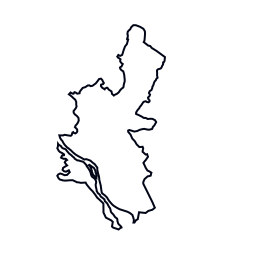 outline of Markz Maghagha, Al Minya, Egypt, rotated 125°
{"feature_id": "37247803B21152276423955", "entity_name": "Markz Maghagha", "entity_type": "district", "adm_level": 2, "iso_a3": "EGY", "parent_name": "Egypt", "parent_adm1": "Al Minya", "projection": "orthographic", "projection_center": [30.801, 28.641], "detail": "fine", "context": "isolated", "style": "outline", "palette": "ink", "viewbox_px": 256, "rotation_deg": 125, "n_neighbors": 0, "source": "geoboundaries", "source_scale": "gbopen_adm2", "svg_char_len": 5931}
<svg xmlns="http://www.w3.org/2000/svg" viewBox="0 0 256 256"><g transform="rotate(125 128 128)"><path d="M177.9,60.3L174.5,65.9L164.9,83.5L163.5,84.5L162.4,84.7L161.2,85.0L160.2,85.1L158.1,84.6L157.3,84.4L156.2,84.1L155.3,83.1L154.0,82.1L152.1,82.9L151.2,83.2L151.3,85.6L151.7,87.6L150.4,90.8L149.1,92.9L147.8,95.3L146.4,95.3L145.9,95.3L144.8,95.2L144.3,95.1L140.2,95.1L139.4,96.1L138.5,97.3L139.6,98.3L139.1,102.4L137.0,103.5L135.9,103.9L135.0,105.3L135.7,106.0L137.1,107.8L136.8,109.4L136.5,111.4L134.9,114.9L134.2,118.4L131.9,122.2L131.3,124.7L131.0,125.7L130.3,126.1L130.0,126.4L128.9,125.8L128.2,123.7L128.0,123.1L127.3,120.8L126.4,119.9L124.9,118.5L123.1,117.6L122.8,117.4L120.6,115.5L119.4,114.2L118.3,111.6L117.8,110.6L117.6,110.2L117.4,109.9L116.6,109.1L115.9,108.5L114.9,107.7L114.4,107.8L112.8,108.2L110.7,107.9L109.8,108.0L107.0,108.3L106.1,110.4L106.5,113.1L107.3,114.6L109.3,117.0L109.6,119.3L110.3,120.3L110.7,121.0L110.8,123.4L111.1,125.5L111.5,127.9L111.9,129.3L111.6,129.6L111.2,130.0L110.1,130.3L109.2,130.4L107.8,130.4L107.6,130.4L107.2,130.4L105.7,130.2L105.4,130.1L105.1,130.2L104.1,130.4L103.0,130.3L102.0,130.2L101.3,130.2L98.2,130.3L97.3,130.0L95.9,128.8L95.8,127.2L95.1,125.9L93.9,125.6L93.0,126.2L92.4,128.3L91.5,129.1L89.7,128.7L88.0,129.1L87.9,129.5L87.3,130.9L86.6,131.1L85.3,131.3L83.5,130.6L81.5,131.0L80.1,131.7L79.5,131.7L78.4,131.8L76.4,132.5L74.4,132.9L73.0,132.6L71.3,133.0L69.9,132.6L68.2,134.4L66.5,135.5L65.2,136.5L64.2,137.3L63.5,137.3L62.5,137.0L61.8,136.3L60.4,135.3L59.0,135.3L57.3,135.7L55.9,135.7L54.2,136.8L53.9,136.4L52.2,136.5L48.7,138.4L48.5,148.9L48.8,154.6L48.1,156.7L48.9,158.8L48.6,164.4L47.1,164.6L45.4,165.5L40.7,168.3L39.0,169.8L37.9,172.3L38.2,176.2L39.3,180.5L40.7,182.6L43.8,183.2L45.9,182.8L47.7,183.3L49.4,183.4L51.6,182.2L52.1,181.3L53.2,180.7L54.9,179.6L55.2,180.0L55.9,179.6L56.0,178.8L55.8,178.5L60.0,177.0L60.7,177.1L63.0,177.2L66.8,176.2L68.6,175.6L71.5,174.7L73.3,175.7L73.6,176.4L73.7,177.8L75.2,177.7L75.7,177.7L76.0,176.7L76.0,173.6L77.0,173.2L78.0,172.5L78.6,170.4L78.6,169.0L81.3,168.6L83.0,169.3L84.0,168.2L84.4,166.5L84.3,164.4L86.3,161.9L90.3,158.4L92.0,157.3L93.4,156.9L95.1,156.2L97.4,155.1L99.5,155.8L101.6,156.1L104.0,156.0L105.0,156.3L106.4,156.7L106.7,156.9L108.1,157.7L109.1,158.3L109.5,158.3L109.2,160.7L107.5,162.5L107.6,165.9L107.0,167.3L107.0,168.4L108.7,169.4L109.7,169.3L109.8,172.4L109.2,174.2L108.2,174.9L107.8,174.9L106.4,173.6L105.0,173.6L104.4,175.0L103.4,176.7L103.1,178.5L104.5,179.8L107.2,179.8L110.0,180.0L112.0,180.7L113.8,181.3L115.2,182.7L115.2,184.1L116.3,185.4L119.0,186.4L121.1,188.1L124.2,188.3L126.2,188.3L127.3,187.6L129.0,189.3L129.0,191.3L129.4,192.4L131.1,192.3L131.5,192.7L131.9,194.7L131.9,195.4L134.3,195.7L134.3,194.7L134.5,191.9L134.8,190.2L135.1,187.4L136.4,185.3L138.5,183.9L139.8,182.5L141.8,182.1L145.3,182.3L146.6,181.3L147.3,179.5L147.5,176.4L148.2,174.3L150.2,172.6L152.6,172.1L154.6,172.1L156.0,172.4L157.0,172.0L157.7,172.0L158.3,168.9L159.0,168.3L160.0,167.5L161.4,167.5L162.7,168.1L163.1,169.5L163.1,169.8L162.8,170.5L163.5,170.9L166.2,170.1L167.2,170.4L168.3,172.5L169.4,174.9L170.1,176.2L171.2,176.8L173.4,180.0L174.2,179.0L175.2,177.7L175.9,175.9L176.2,174.5L177.5,171.9L178.2,169.8L178.8,166.9L178.8,165.2L179.1,161.5L179.5,159.5L179.8,155.8L179.6,152.7L179.3,150.4L179.1,148.3L178.9,145.7L178.3,145.2L177.6,144.5L177.1,143.2L176.6,141.3L176.3,139.9L176.6,137.6L176.7,136.3L176.7,134.6L177.6,131.9L178.1,130.4L179.7,129.3L182.1,126.8L184.6,123.7L186.9,121.8L191.0,117.1L193.9,114.5L195.7,112.7L196.3,111.8L196.4,110.2L196.5,108.0L197.0,105.2L197.6,104.0L198.5,101.8L199.3,98.8L199.8,96.5L199.9,94.5L199.7,90.8L199.3,88.1L198.2,84.6L197.3,81.7L196.9,80.3L196.6,78.2L196.6,76.0L196.8,74.4L198.1,72.6L199.6,70.8L201.1,69.7L202.3,69.3L201.8,68.5L201.2,68.5L199.1,68.6L197.1,67.7L190.7,70.6L187.5,64.8L184.3,63.8L180.9,61.1L177.9,60.3ZM185.1,174.3L186.4,171.7L186.7,170.0L186.3,167.6L186.3,165.2L187.0,164.8L188.4,166.2L190.7,165.8L190.3,163.3L188.9,161.3L189.2,159.6L190.6,160.2L192.3,160.2L193.0,158.8L193.6,156.4L195.7,157.4L197.8,158.3L199.8,157.6L200.1,155.9L199.7,154.5L199.4,153.8L196.6,152.2L197.6,150.4L199.3,150.7L201.4,151.0L203.1,153.0L203.5,155.5L204.2,157.5L206.0,158.5L207.7,158.5L209.0,156.0L209.3,154.3L208.2,151.2L207.1,149.2L205.7,147.5L204.3,145.8L202.5,143.4L201.8,139.6L201.8,138.9L200.7,136.9L200.0,135.2L197.0,131.4L198.0,129.5L198.7,127.1L199.5,124.3L200.1,120.8L201.5,116.4L202.7,113.4L203.2,109.4L203.9,105.1L204.3,104.6L211.3,99.6L214.1,94.7L213.7,91.8L213.3,88.8L213.6,86.6L217.9,84.6L218.1,83.1L216.5,77.5L214.9,77.1L214.6,77.0L214.1,76.8L213.2,76.2L213.1,76.3L212.7,77.2L212.5,78.0L212.3,79.6L211.9,81.3L211.0,82.3L210.5,83.1L209.7,83.7L208.9,84.4L208.5,85.0L208.4,86.5L208.4,87.4L207.9,88.8L207.3,90.2L207.1,91.4L206.7,93.3L206.4,94.0L205.1,95.3L203.9,96.9L203.6,98.1L201.7,101.8L201.4,103.4L201.2,104.7L201.2,105.0L200.0,106.3L199.9,107.6L199.8,109.2L199.8,109.4L199.8,110.0L199.8,110.5L199.6,111.4L198.8,112.7L198.7,113.4L198.7,114.0L198.6,115.4L197.6,117.4L197.6,117.5L196.6,118.3L194.5,120.7L192.8,122.1L190.9,122.8L189.7,123.9L188.8,125.7L188.5,127.7L188.6,128.6L188.5,129.5L188.1,130.5L187.1,131.9L186.1,132.9L185.0,134.7L184.0,136.8L183.0,139.8L182.1,141.3L181.5,144.2L181.5,145.9L182.4,148.0L182.8,149.6L183.6,150.9L183.7,154.1L183.2,155.1L183.1,157.5L182.8,158.4L182.8,159.6L182.7,161.5L182.2,163.5L181.9,164.6L181.6,165.7L181.3,166.3L181.3,167.5L181.4,168.0L181.9,169.1L182.0,170.4L181.9,171.2L181.3,172.3L181.4,175.4L181.1,176.2L183.1,174.9L185.1,174.3ZM180.3,138.5L181.0,138.8L181.0,138.1L181.2,137.0L181.7,136.2L182.3,134.9L183.3,134.0L183.5,133.4L184.9,132.1L185.3,131.3L186.0,130.4L186.4,129.4L186.5,128.3L186.9,126.8L187.1,125.9L187.1,125.2L186.8,125.4L185.8,125.8L185.0,126.5L184.7,127.0L183.2,128.5L183.2,128.9L182.9,129.2L182.0,129.9L181.7,130.5L181.1,131.3L180.3,132.9L180.3,133.1L180.3,138.5Z" fill="none" stroke="#020617" stroke-width="2"/></g></svg>